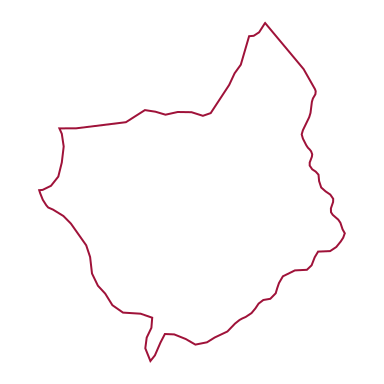 outline of Séno
{"feature_id": "BFA-2876", "entity_name": "Séno", "entity_type": "Province", "adm_level": 1, "iso_a3": "BFA", "parent_name": "Burkina Faso", "parent_adm1": "", "projection": "equal_earth", "projection_center": [0.057, 13.966], "detail": "fine", "context": "isolated", "style": "outline", "palette": "rose", "viewbox_px": 384, "rotation_deg": 0, "n_neighbors": 0, "source": "natural_earth", "source_scale": "10m", "svg_char_len": 1449}
<svg xmlns="http://www.w3.org/2000/svg" viewBox="0 0 384 384"><path d="M265.1,23.0L303.6,69.1L315.0,89.2L315.7,91.2L315.4,94.2L312.9,98.5L311.9,101.8L310.5,112.9L309.2,117.2L302.9,130.2L301.7,134.4L302.9,138.6L306.3,145.3L307.9,147.7L309.6,149.4L311.1,151.3L312.2,154.3L311.9,156.7L309.7,162.5L309.7,165.6L312.2,169.3L315.7,171.6L318.5,174.7L319.1,181.1L321.2,187.5L325.6,191.4L330.3,194.6L333.2,198.8L333.1,202.0L330.9,208.4L331.0,212.2L332.7,214.8L338.3,219.7L340.4,222.8L342.6,229.4L344.8,233.3L344.7,233.5L343.2,237.7L340.8,241.4L336.3,247.0L330.1,251.1L318.1,251.6L314.7,257.3L311.6,265.3L306.9,269.8L294.9,270.4L282.9,276.3L279.0,283.0L277.2,288.2L275.7,293.3L270.3,298.8L263.3,300.0L258.6,303.6L255.4,308.4L251.5,313.1L245.6,317.0L242.2,318.5L239.5,320.0L235.0,323.6L227.4,331.5L214.7,337.5L207.0,342.3L195.4,344.6L185.7,339.0L174.2,334.4L164.9,334.0L160.5,342.5L154.9,355.4L150.4,361.0L145.3,348.3L146.7,337.6L151.4,327.8L152.2,317.7L140.6,313.7L123.0,312.6L112.4,305.2L105.2,293.6L97.9,285.7L92.0,273.5L90.1,257.0L86.2,245.3L70.9,223.6L63.4,216.0L53.0,209.6L48.2,207.5L46.3,205.3L42.8,199.8L40.2,193.3L39.2,190.2L42.6,189.9L51.0,185.8L58.3,176.6L61.8,162.5L63.7,146.5L61.8,133.8L59.4,128.4L76.3,128.3L125.9,122.2L144.9,110.1L155.4,111.7L165.5,114.7L177.7,112.0L191.5,112.2L202.9,115.8L210.7,113.1L229.2,84.9L234.6,73.3L240.8,64.7L249.1,36.2L253.7,35.8L259.1,32.3L265.0,23.1L265.1,23.0Z" fill="none" stroke="#9f1239" stroke-width="2"/></svg>